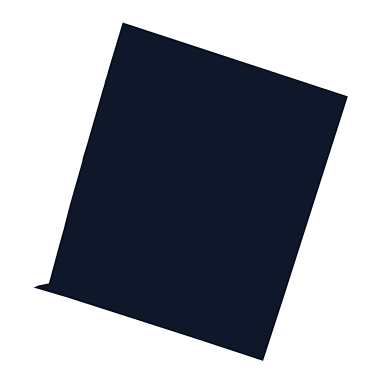 Van Buren, Iowa, United States of America (Equal Earth projection), rotated 108°
{"feature_id": "52423323B67583830123101", "entity_name": "Van Buren", "entity_type": "district", "adm_level": 2, "iso_a3": "USA", "parent_name": "United States of America", "parent_adm1": "Iowa", "projection": "equal_earth", "projection_center": [-91.922, 40.75], "detail": "fine", "context": "isolated", "style": "filled", "palette": "ink", "viewbox_px": 384, "rotation_deg": 108, "n_neighbors": 0, "source": "geoboundaries", "source_scale": "gbopen_adm2", "svg_char_len": 512}
<svg xmlns="http://www.w3.org/2000/svg" viewBox="0 0 384 384"><g transform="rotate(108 192 192)"><path d="M53.7,74.1L53.0,309.5L103.1,308.4L105.2,308.2L111.0,308.1L111.5,308.2L119.2,307.7L120.2,307.8L143.1,307.0L161.7,306.4L178.4,305.8L192.3,305.6L195.1,305.3L197.4,305.0L239.9,303.5L261.5,302.2L266.1,301.8L272.6,301.6L280.9,301.2L283.8,301.1L289.5,300.8L323.6,299.1L329.0,308.7L331.0,311.0L330.1,279.5L329.6,141.8L329.9,73.0L261.2,73.0L53.7,74.1Z" fill="#0f172a" stroke="#020617" stroke-width="1.5"/></g></svg>